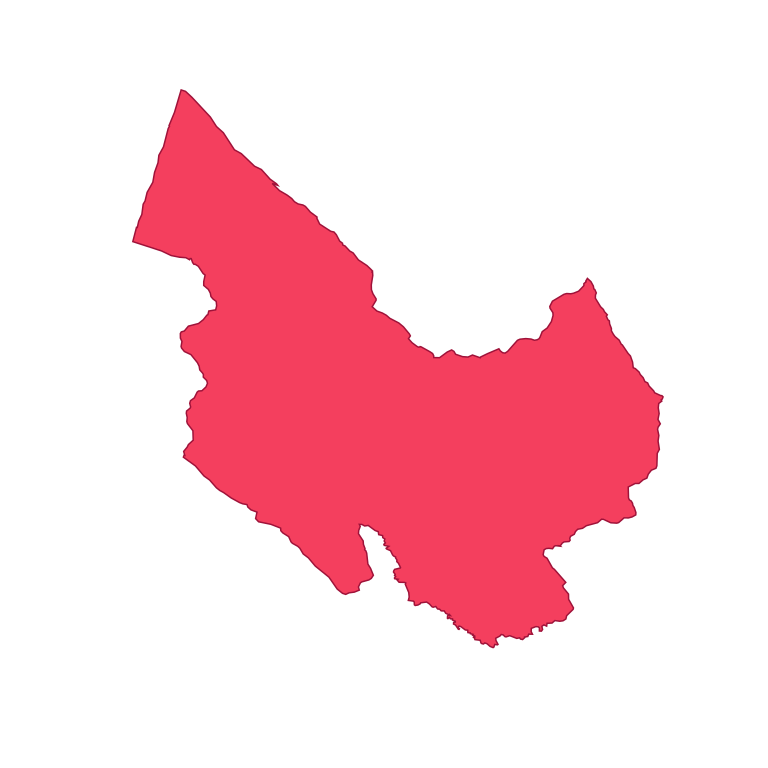 Ngara, Kagera, United Republic of Tanzania (Natural Earth projection), rotated 288°
{"feature_id": "72390352B68533256720623", "entity_name": "Ngara", "entity_type": "district", "adm_level": 2, "iso_a3": "TZA", "parent_name": "United Republic of Tanzania", "parent_adm1": "Kagera", "projection": "natural_earth1", "projection_center": [30.671, -2.626], "detail": "fine", "context": "isolated", "style": "filled", "palette": "rose", "viewbox_px": 768, "rotation_deg": 288, "n_neighbors": 0, "source": "geoboundaries", "source_scale": "gbopen_adm2", "svg_char_len": 6166}
<svg xmlns="http://www.w3.org/2000/svg" viewBox="0 0 768 768"><g transform="rotate(288 384 384)"><path d="M601.0,100.2L577.6,100.8L563.3,99.7L562.9,100.3L560.4,99.8L541.4,101.0L532.0,99.2L524.6,100.7L514.4,100.4L504.4,101.8L493.1,99.5L484.2,100.2L480.6,99.4L470.4,101.3L463.1,100.4L456.6,101.0L456.5,100.2L441.8,101.1L441.8,131.3L440.4,141.9L441.4,150.4L442.9,156.6L442.1,160.7L443.4,160.9L443.7,161.9L440.3,164.5L439.1,166.2L439.5,167.5L438.6,171.0L433.2,177.8L432.3,180.2L425.7,180.9L422.0,182.1L419.7,187.7L416.8,190.7L413.7,192.4L412.0,195.1L410.7,198.9L406.6,200.7L402.5,201.0L399.3,194.8L395.5,195.1L394.8,194.3L389.4,192.3L384.2,188.9L378.6,180.1L372.7,177.7L370.9,175.1L369.1,174.7L364.7,176.2L362.0,178.7L357.0,179.4L355.6,180.4L353.2,184.1L352.3,191.3L346.6,200.0L343.8,202.7L340.5,204.4L338.3,208.1L337.2,209.3L334.7,210.0L332.5,214.3L330.1,215.9L326.2,215.6L321.3,212.9L320.0,209.7L318.5,208.8L312.2,207.9L308.3,205.1L305.6,205.2L302.4,207.2L301.2,207.1L297.3,204.6L295.1,205.0L291.3,207.2L287.3,208.1L285.6,209.3L280.5,216.7L271.6,219.9L266.0,216.7L263.1,216.3L258.0,214.3L254.8,216.4L254.9,215.9L252.4,215.8L247.8,230.0L240.9,241.2L238.8,247.8L233.5,256.7L232.0,260.7L231.2,264.9L228.4,273.8L226.6,283.2L226.4,286.7L227.0,291.0L224.9,292.5L223.2,296.3L222.9,302.8L216.3,303.5L214.2,307.3L215.6,319.8L215.0,330.2L212.6,331.2L211.1,333.8L209.4,340.5L205.1,344.4L204.2,346.1L203.0,352.2L201.8,354.7L197.4,359.7L195.3,365.8L189.6,374.9L183.3,391.3L174.5,402.9L172.1,409.2L172.1,412.6L174.6,415.3L176.9,420.1L180.3,424.2L183.1,422.4L187.6,423.0L188.9,424.0L193.0,430.2L195.2,432.0L198.8,433.0L204.5,428.2L207.8,424.3L217.8,419.8L219.8,418.2L220.4,416.8L221.6,416.8L225.1,414.0L228.3,412.7L233.7,406.0L236.9,405.2L241.2,405.4L242.9,403.9L243.6,406.4L243.0,409.5L244.6,412.7L241.9,420.8L241.8,424.2L239.1,425.5L239.4,429.5L237.5,430.3L236.9,432.7L234.7,432.7L233.3,434.4L231.5,433.4L230.6,434.1L231.1,438.7L228.4,436.8L227.9,437.4L227.5,441.7L224.2,444.9L223.4,446.2L223.1,448.5L222.2,448.7L220.7,450.6L219.0,451.1L218.0,453.1L214.6,456.4L214.1,456.4L211.0,451.4L209.3,451.0L208.1,451.1L206.4,453.5L205.2,453.2L204.6,454.5L202.7,453.9L202.1,454.4L202.6,457.6L201.7,457.0L200.1,459.6L201.7,465.0L201.5,466.2L200.2,466.1L193.3,472.0L189.1,473.8L185.7,474.0L186.6,479.2L186.0,480.1L183.4,481.1L183.0,482.1L184.3,484.6L186.2,486.4L187.2,486.5L189.8,491.9L188.8,495.3L187.0,498.4L186.9,499.7L188.4,502.0L186.6,504.5L187.0,506.5L185.9,508.5L186.8,511.4L185.0,513.6L184.6,517.3L185.0,517.4L184.3,518.6L184.0,516.6L183.2,516.1L180.8,516.7L180.6,517.3L182.2,518.4L181.2,519.7L181.8,521.7L180.7,522.0L180.4,525.1L179.6,525.4L178.7,523.9L177.2,524.3L176.9,526.5L173.7,530.5L173.8,531.2L174.5,531.4L175.5,529.5L177.0,530.2L177.0,532.2L175.2,537.3L175.7,539.7L173.5,540.6L173.9,543.0L173.2,543.3L173.4,546.1L172.5,545.8L172.3,546.4L172.4,548.0L172.9,547.9L171.4,548.5L171.3,547.6L170.7,547.4L170.5,548.4L169.0,549.5L170.0,554.7L167.7,556.2L167.3,557.4L167.5,559.0L168.8,559.8L168.9,560.8L168.8,562.3L167.2,566.0L167.0,569.2L167.7,569.8L170.5,569.8L171.0,572.5L171.6,572.9L174.6,569.8L176.7,568.8L180.2,572.2L182.0,572.9L182.2,574.9L181.1,577.1L181.2,578.2L183.5,581.4L183.1,588.9L184.5,591.4L183.6,592.6L183.8,594.8L186.3,596.2L186.8,595.9L188.3,598.8L190.8,598.9L191.9,602.5L194.0,600.5L197.1,599.6L200.2,603.4L200.7,605.7L200.2,607.1L197.1,608.1L197.6,610.1L199.5,610.7L202.3,609.0L204.3,610.5L204.0,613.5L206.8,613.0L208.6,617.7L211.8,619.6L212.7,624.5L214.1,627.4L216.7,629.6L220.1,629.3L228.1,633.5L229.6,633.4L236.3,626.1L241.2,624.4L245.5,617.7L247.4,616.2L251.5,618.2L260.4,603.3L261.2,601.0L268.7,592.9L269.5,589.5L270.9,588.1L275.8,587.5L277.6,589.1L278.7,591.6L279.4,595.2L282.4,596.1L283.3,597.3L284.2,601.7L284.4,601.2L284.5,601.7L287.8,602.7L289.5,604.1L291.4,608.7L292.9,609.3L294.7,608.3L296.8,608.5L299.9,611.4L302.8,611.7L305.7,613.1L308.1,617.4L311.8,620.3L318.1,630.0L322.6,632.7L323.1,634.3L322.1,642.6L323.6,648.4L324.7,650.0L330.9,653.7L332.2,657.9L334.2,661.0L337.3,663.9L339.6,663.3L343.9,660.1L345.5,658.2L347.4,657.2L349.1,655.3L349.6,653.2L351.1,651.8L361.5,648.1L367.0,653.6L368.2,657.2L372.9,660.0L375.7,663.1L379.9,663.2L384.6,664.9L387.9,668.7L390.5,668.8L402.5,665.3L406.9,666.1L414.4,662.3L420.0,661.3L425.4,658.2L427.6,658.0L431.5,659.1L435.0,655.5L440.9,654.8L446.1,652.2L450.4,651.3L453.6,653.5L454.5,652.5L455.7,653.3L458.0,653.4L458.8,651.9L458.5,650.6L459.3,644.1L460.8,642.6L464.0,636.7L466.5,634.4L466.9,631.4L470.1,628.5L472.2,624.8L474.2,622.9L476.3,618.3L476.5,616.0L481.7,613.6L486.8,609.7L488.5,606.7L494.8,598.6L495.1,597.4L498.4,594.1L500.5,589.0L502.2,586.7L504.9,583.8L507.1,583.1L510.9,580.0L513.7,578.8L514.3,577.1L517.2,574.5L518.8,575.0L520.9,571.3L522.7,569.6L524.4,566.1L530.9,558.5L534.1,557.6L536.2,557.8L539.0,555.3L539.3,554.2L541.9,552.8L545.3,549.2L547.3,544.8L544.2,544.1L543.6,544.6L541.3,543.1L539.3,543.7L532.4,540.4L528.9,536.2L527.5,533.7L526.5,529.8L524.9,527.4L514.8,518.6L509.0,517.7L507.4,518.5L504.0,522.6L501.4,523.6L495.1,523.9L487.7,521.9L482.7,518.3L476.6,517.9L474.9,517.4L473.4,516.0L472.1,513.6L472.2,510.0L471.0,504.8L468.6,499.4L466.8,497.4L453.2,491.5L450.8,489.6L450.4,487.2L451.4,484.4L453.0,482.4L444.8,473.0L439.5,467.5L438.7,467.4L438.9,459.2L435.6,455.6L434.3,450.3L434.4,442.9L436.6,440.5L437.3,437.8L433.9,434.2L426.2,428.7L424.5,423.2L426.3,422.5L428.0,420.8L428.9,417.6L430.8,407.8L430.7,406.2L430.5,406.9L429.7,405.5L429.9,403.9L431.9,398.0L434.6,393.3L437.9,394.2L439.4,392.7L444.4,384.8L446.6,379.3L448.3,369.2L450.1,365.0L451.0,360.5L451.2,354.7L453.8,348.9L461.1,350.6L462.5,350.2L466.4,345.6L469.8,342.9L474.3,341.3L483.7,339.8L487.5,338.3L487.2,338.0L488.0,337.9L488.8,336.5L491.4,331.1L494.1,321.3L499.1,314.2L499.9,310.3L503.2,304.4L503.5,301.8L505.1,301.0L506.2,297.7L511.2,292.6L513.1,289.5L512.8,286.1L516.2,273.4L520.8,269.0L522.1,268.7L524.7,260.9L528.6,254.4L529.2,251.6L528.7,246.7L529.7,242.5L531.9,238.9L533.7,233.6L535.6,224.9L540.2,215.7L540.1,221.6L541.2,219.9L543.6,212.4L550.1,201.1L551.1,193.6L559.0,177.1L560.5,169.4L573.3,153.6L577.1,145.1L584.2,136.4L597.1,113.1L601.0,104.8L601.0,100.2Z" fill="#f43f5e" stroke="#9f1239" stroke-width="1.5"/></g></svg>